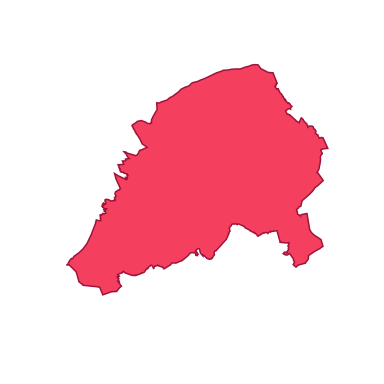 outline of San Miguel de Allende, Guanajuato, Mexico, rotated 341°
{"feature_id": "50627088B14909927143163", "entity_name": "San Miguel de Allende", "entity_type": "district", "adm_level": 2, "iso_a3": "MEX", "parent_name": "Mexico", "parent_adm1": "Guanajuato", "projection": "robinson", "projection_center": [-100.76, 20.913], "detail": "fine", "context": "isolated", "style": "filled", "palette": "rose", "viewbox_px": 384, "rotation_deg": 341, "n_neighbors": 0, "source": "geoboundaries", "source_scale": "gbopen_adm2", "svg_char_len": 6074}
<svg xmlns="http://www.w3.org/2000/svg" viewBox="0 0 384 384"><g transform="rotate(341 192 192)"><path d="M265.9,296.9L268.6,295.7L276.1,296.2L276.4,295.8L279.9,293.5L281.0,291.6L281.2,290.5L281.7,290.0L288.9,288.0L294.6,287.1L296.2,286.4L298.1,286.1L298.5,279.0L293.2,272.1L291.6,268.9L291.1,265.6L293.7,249.7L288.0,249.0L287.0,249.6L286.8,250.1L286.5,249.3L284.7,247.6L284.8,246.2L285.2,244.9L284.8,243.2L285.3,243.1L285.8,242.3L287.8,241.6L288.5,240.8L290.1,241.0L293.3,236.1L302.0,232.6L306.0,230.6L308.9,228.6L309.2,228.1L312.8,227.0L319.8,223.9L317.3,215.0L316.5,214.4L319.4,211.8L322.7,206.1L324.3,202.7L324.6,200.8L326.1,198.9L327.6,198.3L327.8,197.9L327.5,196.3L327.5,194.0L330.2,193.9L334.6,195.0L333.5,183.4L332.1,182.5L329.9,182.6L329.6,180.7L329.6,178.8L328.4,178.1L328.3,177.4L327.9,176.8L328.1,175.8L329.0,175.1L328.6,172.8L328.0,172.5L327.8,171.0L327.6,170.7L327.8,169.8L327.0,168.8L324.1,167.8L322.7,168.4L323.0,167.4L322.6,165.6L322.7,164.5L322.3,164.2L321.0,161.6L320.7,159.6L319.7,157.7L319.4,157.5L315.8,161.3L314.6,159.7L313.6,159.0L313.6,158.3L309.6,151.0L309.2,151.1L309.2,150.5L308.6,150.0L307.5,149.3L307.3,149.4L307.0,145.8L310.4,144.6L311.2,144.9L312.0,145.7L312.0,145.3L313.5,144.1L313.7,143.8L314.4,143.6L314.3,143.2L313.7,142.8L313.0,139.8L312.3,139.2L312.3,139.7L311.7,139.6L310.8,137.5L310.7,136.6L309.8,136.0L309.8,135.5L310.4,135.8L310.5,135.1L309.1,132.5L309.4,131.3L308.6,130.4L308.8,129.5L308.4,128.9L308.5,128.4L307.5,126.8L307.4,124.8L307.1,124.3L307.2,122.4L306.2,122.1L305.7,122.5L304.7,119.4L305.9,119.0L305.7,118.2L306.7,117.9L306.9,117.1L307.9,117.1L307.4,105.6L303.3,103.9L302.3,103.1L297.2,97.7L295.9,93.4L293.8,92.3L289.9,91.4L286.7,91.6L283.7,91.3L277.5,91.4L274.4,90.2L269.3,88.8L265.9,88.4L261.1,87.1L258.6,87.4L254.0,87.3L240.3,88.9L236.7,88.9L233.1,89.3L228.1,88.8L226.7,89.2L223.8,90.7L219.4,90.7L215.0,91.3L212.0,92.9L203.8,95.5L202.3,95.4L198.2,96.9L192.2,96.8L190.1,97.3L187.7,96.1L185.8,102.8L182.4,105.6L179.3,108.4L178.9,109.1L177.6,110.0L176.7,111.7L176.4,113.3L175.5,113.1L174.9,113.9L172.2,112.6L170.5,110.4L167.2,107.9L163.3,107.4L161.5,108.2L157.4,109.2L156.8,109.9L157.0,111.0L157.3,111.4L157.2,113.2L158.0,115.4L157.9,117.0L158.5,118.4L158.2,119.1L158.9,120.2L159.9,124.5L160.6,130.3L164.1,135.1L157.5,135.8L156.7,135.4L156.0,136.1L155.6,136.0L152.7,139.0L150.5,139.2L143.4,134.1L142.4,132.6L140.8,131.8L142.2,135.1L142.5,137.7L143.5,139.9L139.8,139.2L139.7,140.6L139.0,140.6L138.5,141.0L138.1,140.7L136.3,140.0L136.5,143.6L131.1,142.2L131.4,143.0L131.3,143.5L131.0,143.5L131.0,145.7L131.1,146.4L131.5,146.5L131.4,147.2L131.0,147.1L131.0,149.6L131.6,149.8L132.1,150.5L133.6,151.0L133.8,152.0L134.2,152.4L136.4,153.6L136.8,155.0L136.8,155.3L136.0,155.1L136.1,156.1L135.7,157.2L133.9,156.5L133.9,157.0L134.6,157.3L134.3,158.3L135.1,158.1L135.0,158.6L134.0,159.0L127.4,152.5L124.8,149.3L124.4,154.8L125.4,165.5L123.7,166.1L123.8,166.4L121.7,166.3L120.9,166.9L119.6,167.0L118.5,168.7L118.9,171.3L116.9,172.0L117.2,173.0L117.0,173.6L116.5,173.7L116.5,174.3L116.9,174.7L116.6,175.0L116.2,174.1L116.2,174.6L115.3,174.4L115.0,174.7L112.5,174.1L111.8,173.5L111.4,172.7L110.8,172.5L110.1,171.7L108.9,171.1L107.4,171.0L107.1,171.3L107.3,171.9L106.7,172.4L107.1,173.9L106.5,174.7L106.9,175.6L106.3,175.1L105.7,175.2L105.6,174.8L104.9,173.8L103.8,175.2L104.3,175.5L104.3,175.8L103.4,176.2L103.6,174.4L103.0,174.9L102.7,175.9L102.4,176.1L102.9,176.3L102.5,177.4L103.5,178.4L103.6,179.3L102.9,179.7L103.6,180.3L104.6,180.3L104.8,179.7L105.8,180.0L103.8,181.4L102.7,181.5L103.0,182.0L103.7,182.3L103.5,183.4L103.6,184.0L101.5,184.1L100.8,183.2L100.0,183.6L99.9,184.0L98.8,183.9L98.6,184.4L98.3,183.9L97.6,183.8L96.9,187.1L96.6,187.4L97.0,187.8L96.5,189.3L95.6,189.3L92.4,187.3L90.3,190.6L82.8,199.5L76.1,206.4L70.6,210.2L65.5,212.6L59.5,214.4L57.4,216.1L56.3,215.6L54.9,216.4L53.6,217.3L53.5,217.7L51.9,218.8L51.1,220.1L49.4,220.1L52.2,221.1L56.2,229.1L56.5,230.8L55.9,240.2L58.4,243.9L58.5,244.7L70.8,250.4L73.7,252.0L74.2,260.2L83.3,260.1L88.4,261.5L92.3,258.9L94.6,258.1L92.8,252.4L94.0,253.2L94.0,250.0L94.5,250.0L93.9,248.9L95.0,248.4L94.7,247.9L93.7,248.4L93.6,247.8L94.2,247.5L95.1,248.2L95.9,248.0L95.7,247.5L95.1,247.1L94.8,246.0L95.6,246.1L95.7,245.8L96.5,245.6L99.8,245.7L100.1,245.7L100.6,244.7L101.2,244.5L102.3,246.6L108.4,251.5L109.2,251.5L110.5,252.4L111.6,252.1L111.4,252.5L111.7,252.6L116.2,252.6L117.5,252.1L118.2,252.5L120.7,252.3L123.6,250.2L124.1,250.4L124.8,249.5L126.0,249.7L126.3,248.9L129.0,248.1L129.4,247.8L130.6,249.2L130.7,251.8L131.0,251.8L131.9,250.6L132.6,250.1L133.4,250.0L133.8,250.3L135.6,250.0L135.6,250.4L136.1,250.8L136.8,250.8L136.9,251.4L139.0,253.0L139.1,252.8L139.5,253.0L140.5,255.6L148.2,253.8L149.8,252.5L153.8,254.0L158.8,253.6L159.9,253.8L166.8,251.2L170.8,249.0L174.8,250.4L175.3,251.9L174.9,252.9L176.1,253.9L176.7,253.4L176.7,253.2L177.5,253.1L177.0,250.5L176.5,249.5L176.4,249.8L175.9,249.2L178.7,247.5L180.2,247.8L180.5,248.1L180.1,252.5L181.5,256.0L181.8,255.0L182.8,256.0L184.7,259.9L186.7,261.3L187.1,261.2L187.9,261.6L188.4,261.6L188.9,261.1L189.5,261.2L191.4,259.5L192.8,258.7L193.0,256.6L194.6,255.1L195.3,255.5L209.1,247.9L213.2,243.5L212.9,243.3L213.2,242.8L214.3,241.9L215.1,241.5L215.5,239.9L215.5,238.2L216.6,237.5L217.1,236.9L218.1,236.7L219.2,235.5L219.8,235.4L221.9,236.2L222.6,236.1L223.2,236.4L223.5,237.0L224.2,237.6L224.7,237.2L225.9,237.5L230.2,241.7L230.6,243.2L233.8,246.4L234.3,247.7L235.5,248.5L236.3,249.8L237.1,250.2L237.5,250.9L237.7,250.5L238.0,250.7L238.0,251.2L238.6,251.9L240.0,255.3L246.3,253.9L246.6,254.4L248.1,254.1L250.3,255.4L250.4,255.9L252.4,254.8L252.4,255.0L253.4,255.1L253.5,255.5L254.5,255.0L255.5,255.5L259.7,256.2L259.1,267.5L258.8,268.2L266.0,271.5L266.6,271.2L267.3,271.9L266.4,273.1L265.1,274.2L265.5,275.5L264.6,276.8L264.6,277.7L264.4,278.1L262.7,279.0L262.8,280.1L262.6,280.3L261.8,280.5L261.1,279.5L259.9,279.0L259.5,279.0L258.7,279.9L258.2,280.0L259.3,281.5L261.4,282.6L264.3,282.1L266.1,288.2L265.7,290.0L266.0,290.2L266.1,291.6L264.0,293.7L265.9,296.9Z" fill="#f43f5e" stroke="#9f1239" stroke-width="1.5"/></g></svg>